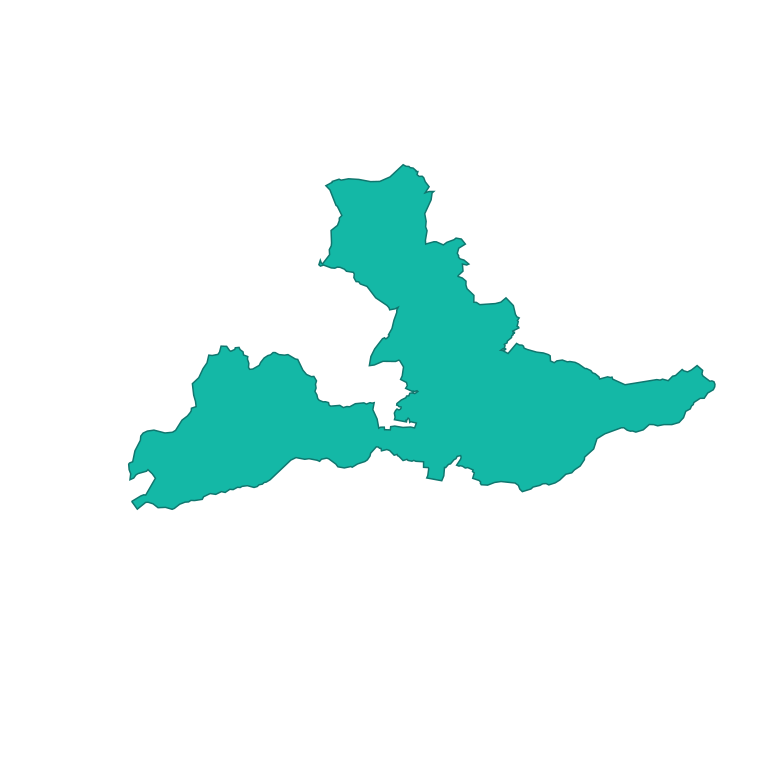 Cuzaplac, Salaj, Romania (Natural Earth projection), rotated 146°
{"feature_id": "2599482B68885954043244", "entity_name": "Cuzaplac", "entity_type": "district", "adm_level": 2, "iso_a3": "ROU", "parent_name": "Romania", "parent_adm1": "Salaj", "projection": "natural_earth1", "projection_center": [23.229, 46.944], "detail": "fine", "context": "isolated", "style": "filled", "palette": "teal", "viewbox_px": 768, "rotation_deg": 146, "n_neighbors": 0, "source": "geoboundaries", "source_scale": "gbopen_adm2", "svg_char_len": 6159}
<svg xmlns="http://www.w3.org/2000/svg" viewBox="0 0 768 768"><g transform="rotate(146 384 384)"><path d="M313.7,580.9L314.1,580.2L321.3,580.9L320.3,575.1L323.9,558.9L323.3,557.4L324.7,547.3L328.3,546.5L329.7,544.4L333.9,541.5L342.0,540.9L348.6,530.3L350.5,528.0L354.2,526.0L356.8,521.6L367.6,518.0L368.3,519.3L367.6,522.2L371.3,519.3L370.8,517.3L367.6,516.4L362.8,509.7L360.0,507.5L357.3,507.0L355.1,505.2L352.6,501.3L352.1,498.5L347.0,493.7L347.1,491.9L349.5,489.0L349.9,484.5L347.8,482.9L347.7,480.2L343.5,474.4L342.7,460.1L337.6,447.5L337.2,444.5L337.8,442.3L332.7,440.1L329.4,439.7L332.1,438.1L333.4,436.2L340.1,431.3L346.4,425.5L352.8,422.3L352.4,421.6L353.4,420.8L356.5,420.3L357.5,420.7L357.7,422.0L359.9,422.4L372.1,418.3L379.5,414.1L385.9,407.4L381.4,405.2L372.2,403.4L361.8,396.2L358.3,395.5L357.9,394.3L358.3,387.2L364.4,380.5L367.7,378.5L364.5,372.7L365.6,369.6L368.5,368.3L365.0,362.5L363.8,361.8L364.4,361.2L360.4,360.0L360.1,358.8L363.8,358.8L365.8,361.0L367.8,361.9L370.0,360.3L372.0,361.4L373.5,360.4L378.6,361.1L384.2,360.6L385.3,359.4L384.5,358.5L384.2,356.7L382.7,355.6L383.1,354.6L384.6,353.9L386.2,354.2L387.2,356.0L389.3,355.5L391.7,354.1L393.4,350.2L395.3,348.6L386.6,340.0L385.9,340.7L386.6,341.2L386.2,341.7L385.2,341.3L383.1,342.2L382.7,340.7L384.1,337.8L382.9,337.8L379.0,333.5L383.2,330.5L385.9,333.4L392.6,337.4L398.6,343.1L402.3,344.9L404.4,342.4L409.1,345.8L407.9,348.1L411.0,350.1L413.0,350.3L409.3,358.8L407.6,369.0L402.6,374.0L404.5,374.7L406.0,376.3L409.8,377.2L411.2,379.6L418.8,383.7L425.2,384.3L427.4,386.1L430.9,387.2L432.6,391.0L440.7,395.5L441.3,397.4L440.4,399.6L442.4,402.0L444.5,403.3L446.8,406.7L447.1,409.0L445.7,412.5L445.4,416.5L442.6,418.6L440.9,422.2L438.2,424.3L437.9,429.5L440.1,430.7L442.9,435.2L443.5,440.8L441.8,452.6L443.5,454.3L447.2,462.1L450.3,463.5L454.6,467.1L456.7,471.0L458.4,472.1L461.7,471.6L464.3,472.5L468.8,472.6L474.1,470.9L477.0,469.2L484.5,469.8L487.2,471.3L487.0,473.6L484.5,476.7L483.3,481.0L481.6,482.9L484.2,486.6L482.9,489.5L484.1,493.0L483.7,495.4L487.0,497.2L488.4,496.1L492.7,496.8L493.3,498.1L493.4,503.2L497.9,506.5L502.4,502.5L505.1,501.4L510.5,503.7L513.1,505.9L518.9,500.5L525.5,497.9L534.0,492.8L542.7,491.4L548.0,481.2L550.0,475.0L552.4,470.3L557.2,471.6L558.8,469.6L560.6,468.7L564.8,467.4L571.7,467.0L582.7,462.1L586.4,462.3L593.0,465.9L600.5,474.4L606.5,477.3L611.1,478.0L614.8,476.8L617.5,473.5L627.8,467.9L635.8,460.1L639.2,460.8L640.5,460.3L643.2,455.5L644.2,451.2L648.1,446.7L644.1,446.0L640.6,447.3L638.1,447.3L629.6,444.5L627.6,445.0L626.3,439.1L626.2,433.7L643.6,425.2L645.2,426.5L648.3,427.2L658.4,427.7L658.8,427.3L658.5,418.2L647.8,419.1L645.7,417.9L642.5,413.9L640.5,407.8L634.1,403.9L629.7,398.6L627.4,398.1L620.7,398.6L615.0,397.3L611.9,395.5L609.2,395.5L606.2,393.3L599.2,390.0L596.6,391.4L589.4,390.4L585.2,386.6L579.0,385.7L576.3,382.9L570.7,382.9L568.1,380.8L563.2,380.3L561.1,378.6L558.9,378.5L554.1,376.1L549.6,370.9L546.5,369.9L543.9,370.3L540.8,369.0L538.5,369.4L536.4,368.5L531.9,368.3L503.8,373.0L498.1,372.2L491.8,365.9L487.9,364.0L482.1,358.2L480.6,355.9L477.9,356.6L473.0,354.6L471.7,353.0L468.7,344.6L468.5,341.1L463.8,336.6L457.6,334.1L456.9,332.8L450.6,332.5L443.2,330.4L440.2,330.4L435.9,332.1L433.8,334.1L425.5,336.2L424.1,335.1L423.6,333.3L422.5,332.2L423.5,330.0L418.3,328.1L416.5,325.7L415.4,319.3L412.5,318.3L412.8,316.9L412.1,315.8L411.0,309.9L407.1,308.7L406.8,307.2L404.0,304.4L402.0,304.0L400.8,302.1L394.7,297.4L397.8,292.8L394.0,289.9L394.3,288.8L398.9,283.6L401.1,282.2L390.2,271.5L385.8,274.4L380.5,281.0L379.6,280.2L375.5,281.3L373.5,280.6L368.2,282.1L366.2,281.8L363.8,283.1L360.5,281.8L361.0,280.2L362.4,278.9L369.2,276.1L367.7,273.9L366.8,273.9L364.9,272.0L363.6,268.9L361.3,267.9L358.2,262.9L359.6,261.9L358.8,259.9L363.2,256.2L359.1,250.8L358.7,248.8L359.6,247.9L359.7,246.1L354.6,242.2L347.3,240.5L341.5,237.7L330.7,228.6L329.3,224.8L330.2,220.9L329.5,217.4L320.9,214.8L318.0,215.2L311.5,212.8L308.2,212.5L305.3,210.8L303.8,208.2L297.3,206.3L291.9,206.1L283.7,207.5L278.0,205.4L274.1,206.3L267.2,206.3L260.2,209.2L258.6,211.2L246.5,212.9L238.0,219.6L228.7,219.2L211.7,215.0L209.6,213.6L208.2,209.7L206.1,207.1L204.3,206.1L202.1,203.3L194.6,201.0L186.7,202.1L183.1,199.5L180.5,196.3L174.8,193.9L168.1,189.4L160.9,187.1L154.5,188.6L149.1,192.6L144.0,192.1L141.4,193.8L139.1,194.0L137.5,195.4L129.9,195.3L126.5,193.1L120.7,195.5L114.2,195.1L111.4,196.7L109.8,198.7L109.2,201.4L110.4,203.2L112.3,204.1L115.1,212.3L114.8,214.5L112.2,217.1L114.1,224.2L121.3,223.7L125.6,224.3L128.1,227.3L128.7,229.3L137.6,228.0L140.4,229.1L146.5,227.8L150.4,232.3L152.9,232.8L155.4,235.1L184.6,248.6L191.7,260.1L191.1,262.2L192.7,262.8L194.6,264.9L202.5,267.6L201.8,269.7L203.2,274.4L204.9,276.7L205.0,279.4L207.5,283.6L208.7,284.4L211.4,291.6L213.5,295.1L217.3,298.7L219.6,299.8L222.7,304.1L227.7,306.5L231.0,306.5L233.1,310.0L230.5,314.4L231.2,316.3L234.5,320.6L239.6,325.0L246.0,332.6L247.8,335.4L247.2,337.4L247.8,339.0L250.0,340.7L251.4,343.5L264.1,339.9L266.9,345.3L268.4,346.7L265.6,346.8L265.1,346.3L265.5,344.8L263.9,344.6L263.5,345.0L264.2,346.5L262.2,348.1L262.1,349.6L259.0,349.3L257.8,350.6L252.3,351.2L251.1,352.6L249.4,352.6L248.9,353.7L247.5,353.2L246.9,354.0L247.9,354.7L247.8,355.9L240.8,355.1L240.6,356.0L241.4,357.4L237.8,360.7L237.9,362.1L235.0,363.2L236.3,365.4L236.1,368.2L232.9,376.7L234.7,387.2L241.4,386.5L246.7,388.4L260.2,396.2L261.8,400.0L263.8,401.6L259.9,407.2L261.9,416.6L260.7,420.3L258.5,423.4L259.8,428.1L262.5,431.8L261.9,432.4L255.4,433.4L251.9,439.6L248.9,436.4L246.6,436.0L248.4,442.1L250.9,445.1L251.3,447.4L250.4,448.5L250.2,451.3L246.1,454.8L238.3,454.5L238.8,460.9L242.7,464.7L245.3,464.5L252.7,466.3L257.0,466.1L261.1,472.6L263.0,474.0L271.2,476.7L269.3,480.0L262.6,487.0L261.6,491.0L258.1,495.3L255.0,502.4L242.0,510.3L237.3,515.5L235.1,515.8L239.0,518.4L243.0,519.5L236.3,522.3L236.7,528.6L235.7,532.9L236.2,534.9L238.8,536.5L239.5,539.1L237.1,541.2L238.5,542.2L238.1,542.8L239.1,546.7L241.3,548.7L241.7,550.4L244.1,552.3L245.5,555.1L263.2,552.3L274.2,554.3L282.0,559.3L290.5,567.7L298.7,574.0L305.6,577.0L306.7,578.9L313.7,580.9Z" fill="#14b8a6" stroke="#0f766e" stroke-width="1.5"/></g></svg>